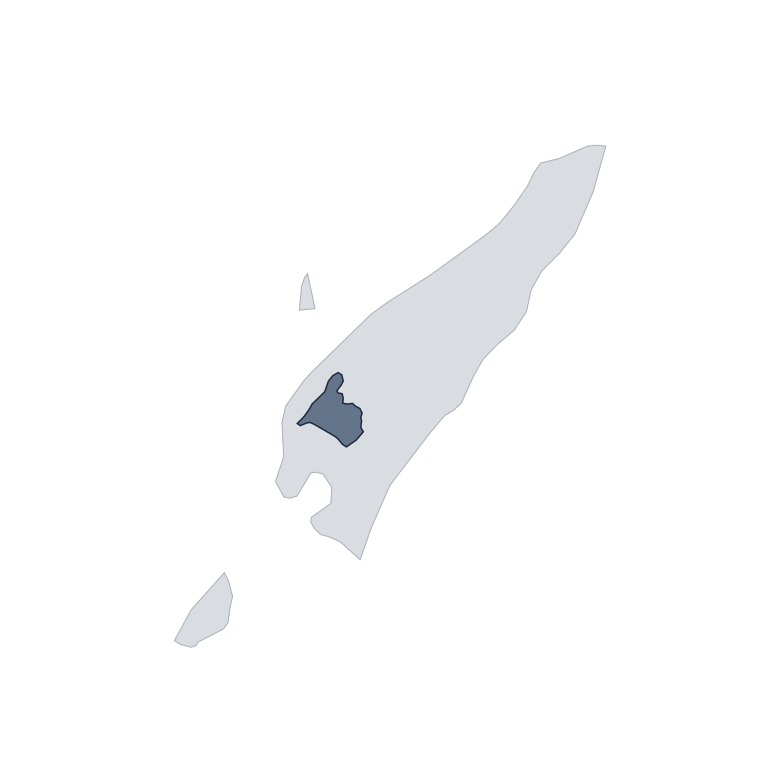 where Ermera sits in East Timor, rotated 327°
{"feature_id": "TLS-549", "entity_name": "Ermera", "entity_type": "District", "adm_level": 1, "iso_a3": "TLS", "parent_name": "East Timor", "parent_adm1": "", "projection": "mercator", "projection_center": [125.395, -8.82], "detail": "fine", "context": "in_parent", "style": "filled", "palette": "slate", "viewbox_px": 768, "rotation_deg": 327, "n_neighbors": 0, "source": "natural_earth", "source_scale": "10m", "svg_char_len": 1572}
<svg xmlns="http://www.w3.org/2000/svg" viewBox="0 0 768 768"><g transform="rotate(327 384 384)"><path d="M268.2,518.4L261.5,492.9L254.4,481.9L248.8,475.7L247.0,467.9L247.3,459.9L250.6,456.2L274.4,455.2L283.9,442.1L283.8,426.3L279.1,421.0L274.4,418.8L249.8,430.6L242.8,428.5L238.5,424.2L239.9,406.7L260.2,390.4L277.4,360.8L289.5,349.0L317.6,337.9L328.9,334.8L410.7,318.5L430.3,317.4L482.1,317.9L551.5,314.3L568.6,312.1L590.9,304.9L612.4,296.0L623.8,289.0L635.8,284.0L653.6,290.3L683.9,295.2L692.1,299.4L699.6,305.3L664.5,336.4L625.9,362.2L602.1,370.0L577.5,375.3L558.7,385.2L542.9,400.9L522.7,409.7L499.9,412.7L480.4,417.3L462.8,426.5L438.2,442.3L428.3,443.9L417.7,443.5L397.4,449.6L334.0,472.1L295.7,497.2L268.2,518.4ZM68.4,485.0L99.7,468.2L147.4,455.3L146.2,464.8L141.3,479.7L134.1,486.6L123.2,499.2L116.0,501.9L87.4,499.2L83.7,501.0L78.8,499.7L71.5,491.6L68.4,485.0ZM380.1,249.6L367.2,283.2L353.2,276.0L368.1,257.1L375.3,251.5L380.1,249.6Z" fill="#d9dde1" stroke="#a8b0b8" stroke-width="1"/><path d="M345.6,349.1L350.8,349.4L351.7,349.4L353.6,353.3L351.4,359.4L347.2,361.7L341.0,363.9L340.5,366.3L343.6,369.4L342.1,373.7L339.0,377.6L341.8,380.5L347.0,383.1L347.9,386.7L349.5,389.7L350.4,391.4L349.8,396.4L346.3,399.5L345.0,402.9L342.7,405.5L340.8,408.1L340.7,412.8L335.0,414.5L330.3,415.9L318.2,416.3L316.2,411.7L315.6,405.8L314.6,401.9L309.1,390.8L303.7,380.2L301.3,376.2L298.3,374.7L291.1,373.3L289.7,369.9L298.9,367.9L307.9,364.3L312.9,361.6L322.3,359.8L330.0,358.3L333.5,355.6L338.7,351.5L345.6,349.1Z" fill="#64748b" stroke="#1e293b" stroke-width="1.5"/></g></svg>